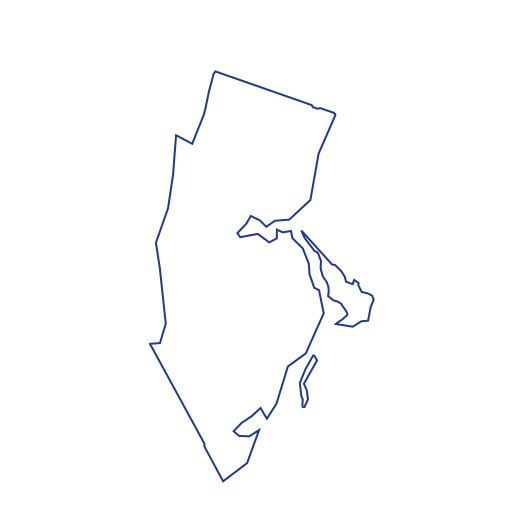 Juneau, Alaska, United States of America, rotated 241°
{"feature_id": "52423323B73641468228234", "entity_name": "Juneau", "entity_type": "district", "adm_level": 2, "iso_a3": "USA", "parent_name": "United States of America", "parent_adm1": "Alaska", "projection": "natural_earth1", "projection_center": [-134.408, 58.383], "detail": "fine", "context": "isolated", "style": "outline", "palette": "blue", "viewbox_px": 512, "rotation_deg": 241, "n_neighbors": 0, "source": "geoboundaries", "source_scale": "gbopen_adm2", "svg_char_len": 1665}
<svg xmlns="http://www.w3.org/2000/svg" viewBox="0 0 512 512"><g transform="rotate(241 256 256)"><path d="M74.9,118.0L79.2,147.8L102.3,174.3L101.5,162.7L106.9,153.9L113.6,151.5L117.0,162.5L118.1,174.9L120.8,186.3L108.4,186.6L116.9,202.3L143.9,230.3L146.7,252.4L161.7,272.3L173.0,287.4L195.6,294.6L200.0,291.5L214.1,294.0L223.6,298.4L239.9,300.6L254.0,296.5L260.9,298.7L263.7,290.9L268.9,287.1L261.3,282.7L261.5,274.2L274.5,268.2L280.1,251.3L285.0,250.8L288.9,263.0L293.5,270.9L285.4,276.6L276.5,279.2L277.7,289.5L271.7,302.7L278.6,330.7L315.2,360.4L340.8,393.8L341.9,394.0L343.0,393.3L343.4,393.5L354.3,383.8L354.9,381.2L358.7,377.9L360.8,378.0L437.1,310.0L435.8,307.2L422.9,294.8L409.1,282.9L404.3,278.2L385.1,254.6L400.3,244.6L367.5,223.0L340.4,202.2L316.1,174.9L292.3,166.1L240.6,144.3L238.9,142.6L226.4,129.8L230.5,120.8L229.1,120.4L226.8,120.7L117.0,119.9L114.3,118.5L74.9,118.0ZM255.5,308.2L255.4,307.9L248.4,307.3L240.4,308.4L231.9,309.6L230.0,311.2L228.2,311.6L220.1,310.4L214.7,307.0L212.4,306.1L206.5,304.7L203.6,304.6L200.5,305.2L196.7,304.9L193.2,304.1L189.2,302.1L186.0,299.6L179.6,302.3L177.1,304.7L177.0,305.1L172.9,307.3L163.6,308.1L162.4,308.1L160.5,307.5L159.8,306.2L158.6,300.2L158.2,294.9L157.8,292.9L147.3,306.3L147.8,316.5L145.1,322.7L155.7,331.5L160.8,337.8L164.9,338.4L168.9,335.8L173.4,331.0L180.8,331.3L182.6,332.6L187.5,330.3L184.6,326.9L189.8,322.3L194.9,323.6L201.9,323.2L209.9,320.7L211.7,318.4L255.5,308.2ZM101.1,223.8L100.4,225.2L105.5,232.0L114.2,235.4L121.0,235.9L135.1,258.8L140.6,258.6L141.3,257.8L133.1,244.5L123.7,232.8L111.6,227.8L108.0,227.4L102.4,223.9L101.1,223.8Z" fill="none" stroke="#1e3a8a" stroke-width="2"/></g></svg>